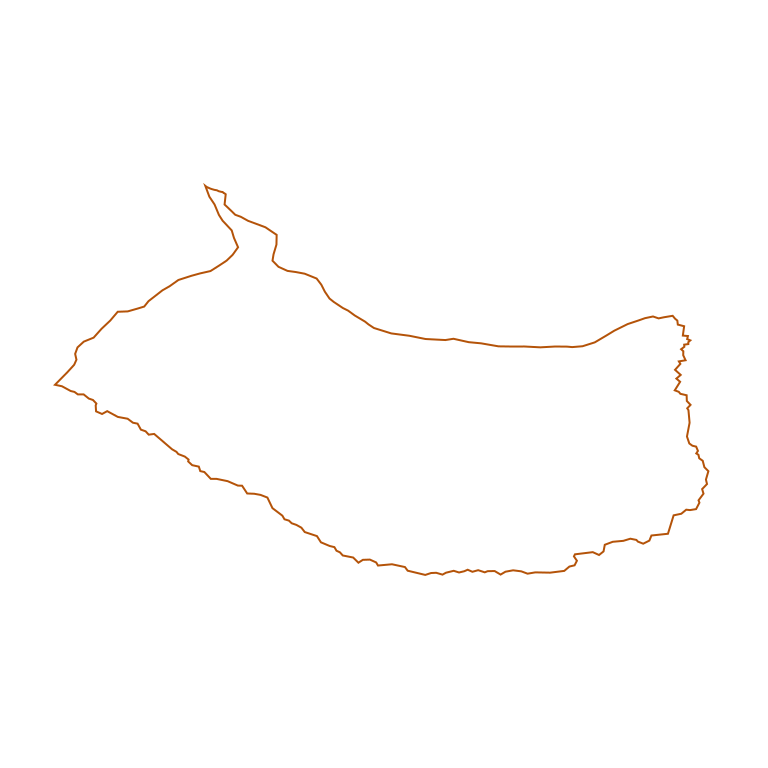 Baney, Bioko Norte, Equatorial Guinea, rotated 93°
{"feature_id": "11065452B68125244133984", "entity_name": "Baney", "entity_type": "district", "adm_level": 2, "iso_a3": "GNQ", "parent_name": "Equatorial Guinea", "parent_adm1": "Bioko Norte", "projection": "equal_earth", "projection_center": [8.855, 3.645], "detail": "fine", "context": "isolated", "style": "outline", "palette": "amber", "viewbox_px": 768, "rotation_deg": 93, "n_neighbors": 0, "source": "geoboundaries", "source_scale": "gbopen_adm2", "svg_char_len": 3146}
<svg xmlns="http://www.w3.org/2000/svg" viewBox="0 0 768 768"><g transform="rotate(93 384 384)"><path d="M195.5,572.8L206.1,568.2L213.6,562.6L223.8,557.7L229.4,553.7L238.6,544.1L245.9,541.5L255.1,536.9L262.9,541.9L269.0,547.6L274.4,554.9L280.3,563.2L283.2,573.5L286.0,581.9L290.9,594.8L297.5,603.1L302.0,610.1L313.6,623.5L319.2,627.5L321.6,634.1L324.9,643.7L325.8,653.7L335.0,660.7L343.7,669.0L352.9,676.4L357.4,686.0L363.5,692.0L370.1,694.0L374.8,692.7L375.8,692.4L381.0,694.4L388.8,700.8L402.0,712.5L403.1,705.5L407.4,696.5L408.1,692.7L410.4,689.2L410.1,683.4L414.0,678.0L415.2,673.8L418.6,670.2L420.5,670.8L426.4,670.1L428.7,664.0L425.6,659.0L430.8,648.1L432.1,638.2L435.8,632.7L436.5,628.0L442.3,624.4L443.7,619.6L446.9,616.3L445.9,610.9L460.3,592.2L462.6,587.7L464.7,585.8L466.9,579.1L469.7,575.2L471.6,575.5L475.1,571.3L476.2,564.6L480.6,562.9L481.3,558.8L487.8,552.0L487.5,546.3L489.2,535.1L493.1,524.6L493.0,520.4L500.5,514.9L500.4,507.9L501.2,501.5L503.5,494.5L513.8,488.9L520.8,478.6L524.3,476.3L525.4,471.8L527.9,468.9L529.3,464.1L531.8,459.0L536.0,455.4L539.4,443.0L545.4,438.7L548.6,429.8L549.5,425.0L553.0,422.7L554.4,419.2L557.4,416.2L558.9,405.7L563.8,400.2L560.7,395.9L560.1,388.9L562.6,382.5L565.6,380.5L563.6,366.6L565.7,353.5L569.2,350.6L572.5,332.8L570.3,327.1L569.8,322.0L571.3,315.6L569.2,312.2L566.9,304.6L568.3,299.2L566.8,294.1L565.1,290.7L566.9,285.9L565.0,280.2L566.8,273.5L565.5,270.7L565.0,263.7L568.2,257.6L565.1,252.9L563.3,245.3L563.9,237.1L565.9,230.7L564.2,223.1L563.7,208.2L561.2,194.2L556.6,189.3L555.1,184.2L550.4,182.1L546.2,185.3L544.1,184.4L541.0,166.7L543.5,160.3L539.7,156.0L533.0,155.1L529.6,147.3L528.1,136.8L525.6,129.9L526.5,123.8L528.1,122.2L529.9,116.8L526.5,110.8L521.3,109.0L518.7,92.6L500.0,87.9L498.0,80.3L493.7,75.6L493.9,71.8L492.6,65.8L486.0,62.8L483.7,63.8L476.8,59.2L472.3,60.8L467.0,56.2L462.6,57.5L454.1,55.5L450.3,59.7L444.0,61.7L441.7,65.3L438.2,66.3L437.0,68.5L434.4,67.0L430.2,69.0L429.5,72.8L427.4,76.0L420.6,78.7L406.7,76.8L394.2,78.6L392.4,79.9L388.8,76.8L385.1,80.7L379.4,81.2L378.3,87.5L376.4,89.2L375.1,93.3L366.3,88.4L363.3,92.3L359.4,88.2L354.6,94.1L348.4,89.1L346.0,90.7L344.5,84.1L339.6,86.7L335.6,86.8L333.7,89.1L331.1,86.0L329.0,86.3L328.2,82.2L326.3,82.3L324.4,80.4L323.3,83.6L320.2,83.0L320.0,88.1L310.6,87.3L309.3,93.7L305.3,94.4L303.6,96.7L300.8,99.3L302.7,107.9L304.1,113.2L302.5,118.9L304.6,126.8L307.2,133.1L311.4,143.8L318.7,156.8L323.9,164.4L331.4,175.7L335.9,187.7L337.3,198.0L337.1,202.9L337.6,214.9L339.2,229.8L339.2,245.8L339.9,258.4L340.4,271.6L338.3,289.2L337.8,301.5L335.2,317.0L336.9,325.0L336.9,344.9L334.5,361.2L333.1,379.4L328.6,397.0L325.3,402.6L322.7,406.2L317.1,416.8L312.6,423.7L310.3,429.0L304.8,438.3L301.5,442.9L294.9,447.9L288.1,451.8L282.2,456.8L278.0,469.0L276.8,478.0L276.1,486.3L272.5,495.5L266.7,501.8L260.3,501.1L250.4,498.7L240.7,499.0L237.7,504.0L233.7,510.6L228.2,528.2L224.5,535.8L222.8,541.4L219.0,545.7L213.1,552.6L202.8,552.0L201.8,553.5L201.7,554.1L200.7,555.2L200.7,556.2L200.1,559.2L199.3,561.0L199.0,563.5L198.4,566.1L197.9,567.8L197.0,570.1L196.5,571.4L195.5,572.8Z" fill="none" stroke="#b45309" stroke-width="2"/></g></svg>